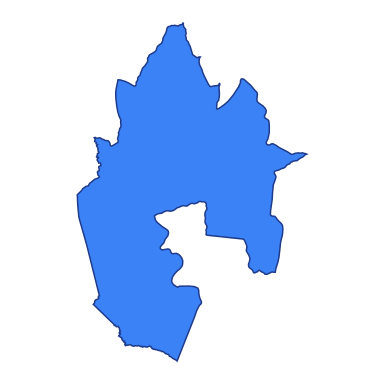 the district of Turkana South, Rift Valley, Kenya
{"feature_id": "3690345B86728655085245", "entity_name": "Turkana South", "entity_type": "district", "adm_level": 2, "iso_a3": "KEN", "parent_name": "Kenya", "parent_adm1": "Rift Valley", "projection": "mercator", "projection_center": [35.73, 2.378], "detail": "fine", "context": "isolated", "style": "filled", "palette": "blue", "viewbox_px": 384, "rotation_deg": 0, "n_neighbors": 0, "source": "geoboundaries", "source_scale": "gbopen_adm2", "svg_char_len": 5958}
<svg xmlns="http://www.w3.org/2000/svg" viewBox="0 0 384 384"><path d="M93.3,304.4L113.9,324.3L114.3,325.5L115.2,325.2L116.3,326.7L116.8,326.4L117.3,326.5L117.9,326.3L118.3,327.1L119.2,327.7L119.6,329.7L120.1,330.4L119.7,330.9L120.2,331.4L119.2,332.8L119.4,333.6L120.4,333.5L120.4,333.8L119.8,334.3L119.6,335.3L119.0,335.5L118.7,336.0L118.9,336.1L119.6,336.0L120.0,337.0L121.7,337.8L121.7,338.9L122.4,339.3L122.4,340.3L122.9,340.5L123.6,341.6L124.2,341.4L124.0,342.0L124.3,342.4L124.9,342.5L124.9,342.8L125.3,343.1L124.8,344.5L125.1,344.9L125.6,344.7L125.6,345.4L126.0,345.1L126.9,345.4L130.0,344.6L130.8,345.1L131.4,345.1L132.0,345.8L133.1,346.1L134.2,346.2L134.6,345.8L135.5,345.7L137.4,346.0L138.4,345.5L140.9,346.6L141.6,346.3L142.3,347.0L142.9,347.1L143.5,346.6L144.7,346.5L145.4,346.9L146.9,347.1L149.7,346.1L150.2,346.5L150.7,346.5L152.1,348.5L153.0,348.8L153.3,349.3L154.6,349.2L155.7,349.7L156.1,349.5L158.3,350.4L160.7,350.8L161.5,351.5L163.2,351.6L165.7,353.7L166.4,353.7L167.6,354.4L168.5,354.4L169.5,356.4L171.0,356.8L172.5,358.2L176.6,360.4L177.1,361.0L194.7,316.5L196.8,310.3L199.4,305.4L200.9,304.0L201.4,303.2L201.4,301.6L199.9,298.3L199.2,295.7L198.8,293.1L198.7,290.5L198.3,289.0L197.8,288.2L196.8,287.6L194.3,286.6L189.5,286.1L179.7,286.2L178.8,286.4L177.9,287.2L175.9,286.3L174.3,285.2L173.1,284.1L172.1,282.7L171.7,281.3L171.8,279.9L172.6,276.8L174.4,274.1L176.2,272.0L180.1,268.6L181.3,267.1L182.2,265.8L182.6,264.1L182.8,261.0L181.9,258.2L180.4,256.0L178.5,254.3L176.4,253.4L174.8,253.4L173.1,253.8L171.7,253.4L171.3,252.9L170.0,250.0L168.9,249.1L167.7,249.0L162.1,249.9L160.4,248.8L160.2,248.0L160.5,246.5L163.8,242.9L165.2,239.3L167.8,235.9L168.5,233.5L168.4,231.9L168.0,230.7L167.1,229.8L161.9,226.4L157.4,222.6L155.5,220.1L154.4,216.0L156.0,214.8L158.1,213.7L161.8,213.2L163.9,211.8L165.3,211.4L166.2,210.9L166.9,210.7L170.4,211.2L172.8,210.7L174.6,209.8L177.1,207.8L178.7,207.4L181.7,206.0L183.4,205.7L186.9,206.1L190.4,203.7L192.5,203.3L194.4,203.8L197.9,202.6L198.5,201.8L199.1,201.5L200.4,201.4L201.9,201.9L203.8,201.7L205.6,202.5L206.4,204.3L206.1,205.9L206.8,207.9L206.9,209.0L205.2,212.1L204.8,215.0L205.4,217.8L205.0,221.9L205.4,223.5L206.5,225.2L207.0,226.5L206.7,228.3L205.9,230.1L206.4,231.8L206.0,234.4L206.3,234.8L207.0,235.2L243.4,239.1L244.5,240.3L246.8,245.8L246.8,247.9L246.3,250.0L246.4,251.0L248.8,255.2L249.6,257.1L249.9,258.9L249.4,261.7L248.5,264.1L248.6,266.1L249.2,267.5L252.5,270.1L253.5,272.5L254.1,272.9L254.9,272.8L257.6,271.6L258.6,270.4L259.2,270.3L262.3,272.3L263.5,272.5L265.0,274.2L266.9,274.3L272.0,272.0L274.8,272.3L275.2,272.3L275.3,272.0L275.9,268.5L277.8,262.5L279.0,256.9L280.6,242.3L282.5,234.4L282.9,229.2L282.5,225.5L281.4,223.6L278.9,221.3L277.1,219.3L276.0,217.6L274.7,216.3L272.1,216.1L270.6,215.1L270.4,214.3L270.6,210.5L272.2,199.4L272.5,193.3L273.3,184.9L275.1,180.0L276.0,176.9L275.5,175.3L274.3,173.3L274.4,171.8L275.3,170.9L278.7,170.1L281.1,168.8L283.6,168.1L285.5,166.9L286.3,165.6L287.1,164.9L289.8,163.7L290.7,162.4L292.1,161.9L293.1,161.1L297.1,160.6L299.8,158.5L303.3,156.6L305.4,154.6L306.7,154.1L305.2,153.5L304.3,153.5L302.8,152.9L301.8,152.9L300.5,153.2L298.7,152.9L295.4,153.2L292.5,154.4L291.1,154.3L290.6,153.8L286.9,151.5L278.9,147.4L276.5,145.6L273.1,143.8L271.3,143.9L269.8,144.9L268.3,145.0L267.0,144.4L266.4,143.8L266.2,142.8L266.3,142.1L267.7,139.3L268.3,137.4L269.3,132.2L269.3,125.5L268.8,120.9L267.9,119.8L265.1,118.0L264.4,116.8L264.6,115.8L266.0,112.7L266.2,110.8L265.9,109.6L265.0,108.1L262.8,105.8L258.5,102.9L257.2,101.5L256.9,99.3L257.4,94.2L257.2,93.0L256.7,92.1L254.9,90.4L250.6,85.2L244.3,79.6L243.4,79.1L241.8,78.8L241.1,79.2L240.4,80.9L240.5,82.4L239.2,85.7L238.7,86.2L238.7,87.2L238.1,87.6L233.2,95.1L228.3,101.1L224.6,104.4L219.1,108.3L217.5,109.0L216.8,108.9L216.6,106.0L216.9,104.5L216.9,102.9L217.5,101.7L218.7,100.2L218.8,98.6L219.3,97.1L219.4,92.9L219.0,87.5L219.1,86.3L219.8,84.9L219.7,83.5L219.4,83.4L218.7,84.9L217.8,85.5L213.4,86.0L211.2,86.6L210.1,86.4L208.6,84.7L204.2,75.9L202.7,72.4L202.0,69.7L199.5,64.6L199.0,61.5L199.4,58.3L200.3,57.0L199.0,56.9L197.6,57.6L196.6,57.5L192.6,54.6L190.1,46.1L189.1,44.4L188.3,42.1L186.3,39.8L186.1,37.5L185.5,35.6L186.1,33.7L186.1,32.6L185.6,31.3L185.8,29.7L185.2,28.6L183.8,27.0L183.2,24.1L183.4,23.4L183.1,23.0L182.7,23.2L182.3,24.2L181.6,24.7L180.1,24.8L178.0,26.1L174.8,25.3L173.2,25.6L171.6,25.5L170.2,26.2L168.5,26.6L167.6,27.2L166.6,29.5L166.6,30.5L165.9,32.7L163.0,38.1L162.6,41.1L161.3,43.5L158.4,45.5L157.3,46.7L156.1,50.3L154.9,51.8L149.8,54.7L149.2,55.3L148.4,57.1L147.7,57.9L147.5,58.7L147.9,60.5L147.1,62.6L144.7,66.0L142.7,68.0L140.5,73.3L140.1,75.2L138.5,76.7L137.7,78.1L137.7,79.6L137.3,80.7L136.2,82.2L136.1,84.6L135.7,85.7L135.4,86.0L134.1,86.0L132.5,85.3L128.8,83.1L125.2,81.4L120.1,79.9L118.0,79.8L116.0,89.7L115.7,93.0L115.9,98.8L116.8,106.4L117.7,111.4L119.0,116.0L120.8,119.9L120.6,122.5L121.0,125.5L120.9,126.7L119.5,129.1L119.4,130.8L118.6,132.3L118.4,133.4L118.8,134.3L117.6,138.4L118.1,140.5L118.0,142.4L113.2,145.3L111.8,146.0L111.0,146.0L110.4,145.6L109.8,142.9L108.7,141.2L107.7,140.6L105.4,140.6L103.7,139.5L102.4,139.3L100.0,137.8L99.0,137.8L97.0,138.4L95.1,137.4L94.2,137.7L95.2,139.2L94.6,141.1L94.8,141.7L96.1,142.0L96.3,142.4L96.0,143.7L97.5,144.7L96.7,145.5L96.6,146.1L97.8,147.5L98.1,151.2L98.9,152.3L98.7,153.0L97.5,153.5L97.2,155.5L96.5,156.9L97.0,157.3L98.1,157.2L98.5,157.8L97.2,159.2L97.2,160.2L97.7,161.1L98.4,161.7L98.7,163.1L99.9,162.9L100.4,163.2L100.9,165.3L100.7,166.0L99.4,166.1L98.9,166.6L98.7,167.4L99.4,170.3L99.0,170.8L98.0,171.2L97.4,172.2L98.0,175.1L99.3,176.4L99.4,176.9L99.3,177.2L97.0,178.5L95.0,179.1L94.1,179.7L92.2,181.4L89.8,183.2L88.1,186.0L85.6,186.5L84.9,187.3L82.9,188.5L81.8,190.3L77.3,194.7L77.7,204.9L78.8,216.6L79.6,220.0L86.7,244.9L99.4,295.7L98.6,296.1L98.3,296.7L98.3,297.6L98.8,297.9L98.8,298.3L97.7,299.3L96.3,299.5L95.3,300.3L94.7,301.3L94.5,303.0L93.3,304.4Z" fill="#3b82f6" stroke="#1e3a8a" stroke-width="1.5"/></svg>